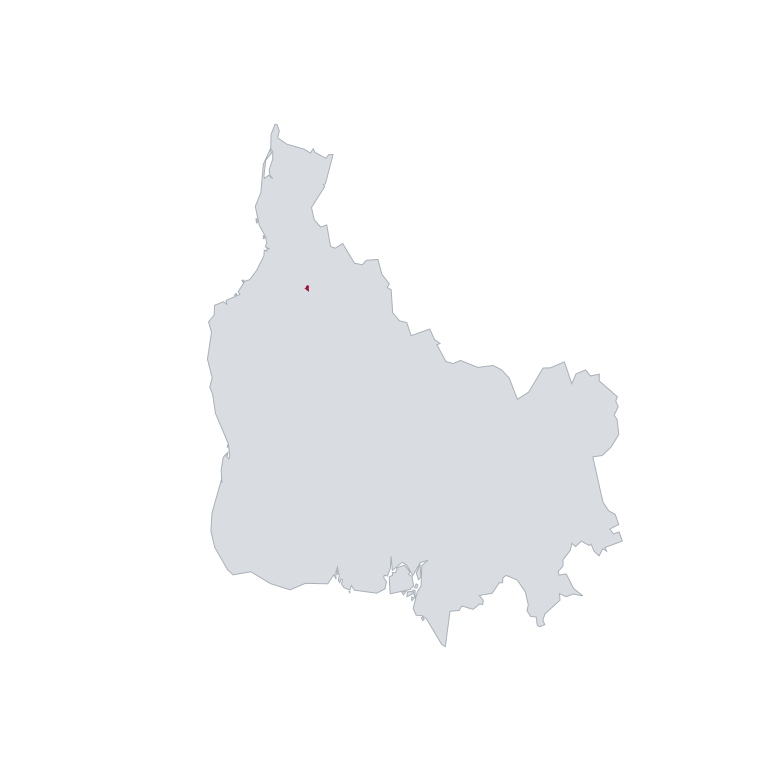 Parapuã, São Paulo, Brazil (highlighted), rotated 160°
{"feature_id": "56859067B12520903769372", "entity_name": "Parapuã", "entity_type": "district", "adm_level": 2, "iso_a3": "BRA", "parent_name": "Brazil", "parent_adm1": "São Paulo", "projection": "equal_earth", "projection_center": [-50.833, -21.829], "detail": "fine", "context": "in_parent", "style": "filled", "palette": "rose", "viewbox_px": 768, "rotation_deg": 160, "n_neighbors": 0, "source": "geoboundaries", "source_scale": "gbopen_adm2", "svg_char_len": 4521}
<svg xmlns="http://www.w3.org/2000/svg" viewBox="0 0 768 768"><g transform="rotate(160 384 384)"><path d="M246.5,162.1L252.3,168.9L259.6,165.7L261.9,170.0L266.0,163.9L275.9,157.6L278.1,151.6L284.4,148.3L284.9,144.5L277.7,143.2L275.8,127.1L269.7,116.9L278.1,122.0L285.6,121.8L290.8,127.0L292.5,120.7L311.3,113.0L315.5,107.8L315.2,102.9L320.8,102.6L322.5,104.9L320.7,113.1L325.6,115.3L327.2,122.0L323.9,127.1L322.3,140.4L325.9,154.4L334.7,162.4L338.6,161.2L340.5,156.7L343.8,157.7L353.9,150.4L366.7,152.7L364.7,146.8L366.7,142.9L369.2,144.6L377.5,141.8L386.8,148.8L390.8,145.4L399.7,147.9L416.2,116.3L418.9,119.6L424.4,148.6L427.3,153.2L432.8,155.7L433.4,163.0L424.0,177.0L418.2,181.6L410.5,200.6L403.0,203.3L410.9,203.8L422.5,194.2L424.7,206.4L427.9,210.2L439.9,206.0L436.3,219.7L441.0,208.7L446.5,202.4L449.2,204.2L450.5,202.3L449.4,197.3L453.1,191.2L462.4,189.9L482.3,200.4L483.7,205.8L486.5,202.0L491.2,206.2L492.4,210.7L490.0,213.9L491.1,215.5L493.6,212.5L494.1,215.4L491.9,218.5L490.4,227.8L493.5,224.0L495.8,217.0L496.2,222.0L505.2,215.5L526.1,223.6L542.7,222.7L559.1,235.4L573.3,253.1L591.1,256.3L594.5,262.8L598.9,288.3L597.0,304.8L589.8,321.5L570.1,348.9L570.1,346.7L566.3,359.1L560.2,370.0L557.3,371.7L555.3,366.8L553.5,369.2L550.7,380.9L552.4,414.1L548.5,433.1L548.8,440.7L543.3,448.7L541.4,467.7L528.4,491.6L527.6,502.4L520.0,506.9L516.3,515.9L506.5,516.2L504.5,512.8L503.7,516.6L488.7,517.5L489.4,520.6L479.8,528.1L474.5,528.0L465.0,534.2L453.0,545.5L450.7,550.8L448.7,548.8L447.9,551.2L445.2,550.1L448.6,553.4L445.9,556.8L444.9,562.8L446.9,575.7L444.2,594.9L434.4,605.8L422.2,631.8L410.8,643.4L410.6,639.5L418.6,634.7L425.7,620.5L425.9,618.0L421.2,619.6L418.3,615.0L419.8,619.5L418.5,624.8L411.5,633.5L409.2,640.3L409.9,644.1L404.7,657.2L397.5,665.4L395.8,664.2L395.8,657.7L399.8,651.8L393.3,642.6L378.7,632.0L374.2,626.2L370.1,629.3L369.6,625.2L361.4,616.0L357.5,618.4L353.4,617.1L370.7,592.0L372.8,592.2L372.3,589.7L391.8,574.7L393.4,562.2L389.8,553.1L383.4,553.1L387.2,531.5L383.1,528.2L374.8,530.2L370.4,507.5L363.5,503.5L358.3,506.3L347.1,503.1L348.5,488.1L344.8,476.2L348.0,473.5L345.0,470.2L351.5,448.1L347.8,438.0L341.6,434.0L342.0,420.2L322.2,420.0L321.3,408.5L317.5,402.9L320.9,402.8L318.1,383.8L311.8,379.5L304.1,380.0L290.0,367.4L275.2,364.1L268.8,357.3L264.3,346.6L263.9,324.0L251.0,326.8L229.0,344.6L222.3,342.3L206.9,343.1L207.5,320.0L200.1,327.8L189.7,328.3L187.4,321.0L178.3,319.6L180.7,313.4L169.1,292.2L172.1,288.6L171.6,282.6L178.3,276.1L177.1,270.7L180.7,256.2L192.1,247.1L203.5,242.2L212.7,244.1L218.7,198.0L216.1,187.8L211.3,182.4L211.5,171.7L221.4,170.5L219.7,164.7L213.7,164.6L213.8,154.9L232.2,154.8L232.0,150.8L234.8,154.4L240.7,148.9L243.8,155.0L244.2,162.7L246.5,162.1ZM429.6,182.0L450.0,184.7L445.1,200.9L441.4,201.3L440.7,204.0L437.7,202.7L434.4,206.9L426.7,206.8L423.9,198.7L426.0,196.7L423.5,193.7L425.2,184.3L429.6,182.0ZM412.1,201.6L415.3,189.9L418.5,188.3L418.3,195.5L412.1,201.6ZM435.2,176.3L433.2,180.6L428.6,179.7L429.3,176.9L435.2,176.3ZM428.2,171.5L427.4,180.4L425.4,179.5L428.2,171.5ZM438.4,182.0L435.5,182.4L434.2,181.7L437.8,179.1L438.4,182.0ZM425.1,182.2L422.1,185.2L420.9,183.6L423.0,181.0L425.1,182.2ZM430.6,174.5L429.2,172.6L431.7,170.8L431.9,172.5L430.6,174.5ZM429.0,151.5L427.3,152.0L426.9,148.7L428.5,148.5L429.0,151.5ZM447.5,583.7L447.0,581.0L448.3,578.6L448.7,579.3L447.5,583.7ZM481.6,527.0L482.0,530.0L480.0,529.4L481.6,527.0ZM446.7,564.6L445.8,563.1L447.1,561.4L447.6,562.1L446.7,564.6ZM493.0,222.0L491.8,225.3L493.0,220.6L493.0,222.0ZM556.2,372.2L554.1,373.1L555.5,370.5L556.2,372.2ZM494.1,518.7L492.1,519.7L491.6,519.1L492.9,517.7L494.1,518.7ZM552.8,378.2L552.0,380.0L551.5,378.8L552.8,378.2ZM487.6,199.1L487.7,200.9L487.1,200.7L487.6,199.1Z" fill="#d9dde1" stroke="#a8b0b8" stroke-width="1"/><path d="M424.2,500.7L424.3,500.6L424.3,500.4L424.5,500.4L424.4,500.3L424.4,500.2L424.4,499.9L424.3,499.7L424.2,499.3L424.1,499.2L423.9,498.9L423.8,498.7L423.7,498.6L423.4,498.4L423.3,498.2L423.2,498.0L423.1,498.3L423.1,498.5L423.0,498.8L422.9,498.9L422.9,499.0L422.9,499.3L423.0,499.4L423.0,499.5L423.1,499.8L423.1,500.0L422.9,500.0L422.7,500.2L422.7,500.3L422.5,500.5L422.4,500.5L422.3,500.8L422.2,500.9L422.1,501.0L421.9,501.2L421.9,501.3L421.7,501.4L421.8,501.4L421.8,501.5L422.0,501.7L422.0,501.8L422.3,501.8L422.5,501.9L422.5,502.0L422.7,501.9L422.8,502.0L423.0,502.0L423.0,501.9L423.2,501.7L423.3,501.7L423.5,501.6L423.6,501.4L423.7,501.2L423.8,501.1L423.9,500.9L424.0,500.9L424.2,500.7Z" fill="#f43f5e" stroke="#9f1239" stroke-width="1.5"/></g></svg>